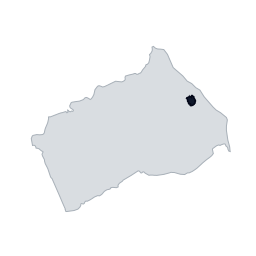 Asikuma-odoben-brakwa, Central, Ghana shown in context, rotated 247°
{"feature_id": "2480657B2595733520620", "entity_name": "Asikuma-odoben-brakwa", "entity_type": "district", "adm_level": 2, "iso_a3": "GHA", "parent_name": "Ghana", "parent_adm1": "Central", "projection": "albers", "projection_center": [-1.016, 5.627], "detail": "fine", "context": "in_parent", "style": "filled", "palette": "ink", "viewbox_px": 256, "rotation_deg": 247, "n_neighbors": 0, "source": "geoboundaries", "source_scale": "gbopen_adm2", "svg_char_len": 4463}
<svg xmlns="http://www.w3.org/2000/svg" viewBox="0 0 256 256"><g transform="rotate(247 128 128)"><path d="M156.0,34.8L157.9,36.6L158.3,37.6L157.6,41.4L156.2,44.1L155.4,46.6L155.5,47.9L156.3,49.1L159.2,51.1L160.6,52.4L162.4,54.3L164.3,56.2L167.7,58.6L169.2,59.1L169.1,59.8L168.6,60.7L168.3,69.9L168.1,72.3L167.8,73.5L167.5,76.9L167.2,77.4L166.5,77.4L166.0,77.5L165.8,78.2L166.0,78.9L168.1,79.4L167.6,79.9L166.1,80.4L165.4,81.4L165.7,82.6L164.9,83.6L165.1,84.2L165.7,84.7L166.5,84.5L168.9,82.9L169.9,82.7L171.2,83.0L173.5,85.5L173.6,86.6L172.6,90.7L171.7,93.8L171.6,98.0L172.6,100.3L172.4,101.6L171.4,102.7L169.0,104.4L169.2,105.5L170.3,107.5L172.3,109.8L176.2,112.6L178.3,116.3L178.3,117.8L177.1,119.3L175.7,120.6L175.3,122.5L175.9,134.8L172.9,140.2L172.8,141.7L173.1,143.5L174.0,144.6L175.5,144.9L176.8,145.9L176.4,149.7L175.7,153.5L175.6,155.4L175.2,156.3L174.0,157.0L173.6,158.2L173.9,159.7L173.7,160.8L174.3,162.2L175.7,164.0L178.0,168.5L178.9,168.8L179.3,169.7L179.0,170.6L179.9,172.6L182.4,174.5L185.1,176.2L187.2,176.5L187.7,178.0L189.2,180.0L190.2,180.8L191.8,181.4L193.1,181.7L193.2,183.3L190.8,184.4L189.2,186.1L187.9,188.7L186.2,191.6L180.3,193.1L178.1,193.1L165.9,193.2L154.5,198.8L148.0,200.8L144.0,204.0L138.6,206.2L134.8,209.0L126.9,210.3L114.0,214.5L110.0,216.2L105.9,219.2L99.2,222.7L96.6,222.6L91.4,219.4L87.5,217.7L78.0,215.2L70.8,214.2L67.4,213.1L66.4,212.9L67.3,211.8L69.3,211.7L71.3,212.1L72.9,211.2L75.3,211.1L75.9,210.1L76.1,207.8L76.0,205.9L76.9,205.0L77.1,202.8L75.9,197.8L75.1,197.3L71.0,196.5L70.7,195.6L69.9,194.5L69.1,192.0L68.2,188.1L66.8,183.4L64.0,175.6L63.4,172.9L62.9,170.1L62.8,166.7L63.4,165.5L63.3,163.8L63.0,162.0L65.0,158.1L68.9,153.3L69.7,151.5L70.4,150.3L70.5,148.6L71.3,142.9L73.1,136.1L74.3,133.5L75.1,132.1L76.0,129.9L76.3,128.8L79.8,126.1L81.5,125.4L81.8,124.4L81.3,123.2L81.5,122.4L82.4,122.0L83.7,121.7L84.6,120.6L83.1,112.2L82.0,103.8L81.9,103.1L81.2,102.0L80.5,98.5L79.3,96.5L77.6,95.9L77.6,94.0L79.3,90.8L79.8,88.9L79.0,88.3L78.9,86.8L79.4,84.5L79.2,83.0L78.9,81.4L77.1,77.8L76.7,75.2L77.6,73.7L77.6,70.3L76.7,65.2L76.5,62.0L77.2,60.6L76.8,59.4L75.6,58.1L75.5,57.0L76.6,55.8L76.5,54.9L75.1,54.2L73.9,52.7L72.9,50.2L73.1,46.2L75.1,38.8L75.4,38.2L77.6,38.3L77.7,38.6L84.7,38.5L92.8,38.5L102.5,38.4L111.3,38.3L111.7,38.0L113.1,37.6L122.0,38.3L127.6,37.9L129.9,38.2L131.6,38.7L135.5,38.4L137.5,38.6L139.1,40.4L139.7,40.4L140.5,39.6L142.1,38.7L143.6,38.0L144.8,36.6L145.4,35.5L146.4,35.7L147.9,35.6L148.9,34.7L149.2,33.3L156.0,34.8Z" fill="#d9dde1" stroke="#a8b0b8" stroke-width="1"/><path d="M132.2,200.1L132.3,200.1L132.5,200.0L132.5,199.9L132.8,199.7L133.0,199.6L133.0,199.4L132.9,199.3L132.9,199.2L132.7,198.9L132.5,198.7L132.4,198.6L132.2,198.6L132.0,198.4L131.9,198.3L131.6,198.2L131.8,198.1L132.0,198.2L132.1,197.9L132.4,197.7L132.3,197.4L132.4,197.1L132.5,197.0L132.7,196.9L132.8,196.7L133.0,196.7L132.9,196.6L132.9,196.3L132.7,196.2L132.7,195.9L132.7,195.7L132.8,195.7L132.8,195.4L132.8,195.2L132.8,194.8L132.8,194.7L132.8,194.1L132.8,193.9L132.7,193.8L132.4,193.8L132.4,193.7L132.5,193.7L132.4,193.5L132.0,193.7L131.8,193.8L131.6,193.8L131.1,193.8L130.6,193.8L130.4,193.8L130.2,193.8L130.1,193.7L129.9,193.5L129.7,193.4L129.4,193.4L129.2,193.5L129.0,193.8L128.9,193.8L128.8,193.6L128.7,193.7L128.4,193.7L128.1,193.7L128.0,193.8L127.9,193.8L127.7,193.7L127.5,193.4L127.4,193.4L127.2,193.4L126.9,193.5L126.7,193.5L126.3,193.5L126.1,193.7L126.0,194.1L125.9,194.2L126.0,194.3L126.0,194.5L125.9,194.8L125.2,194.3L124.8,194.3L124.8,194.8L124.6,194.8L124.6,194.7L124.4,194.2L124.2,194.3L124.0,194.6L123.9,194.7L123.9,194.8L123.7,195.7L123.9,196.1L123.8,196.5L123.7,196.5L123.7,196.8L123.7,197.0L123.8,197.2L123.8,197.3L123.9,197.5L124.0,197.7L124.0,197.8L124.0,198.0L124.3,198.0L124.5,198.2L124.5,198.3L124.5,198.5L124.4,198.5L124.5,198.7L124.6,198.8L124.6,199.0L124.7,199.3L124.8,199.3L124.9,199.5L125.0,199.5L125.3,199.7L125.4,199.8L125.5,199.8L125.9,199.8L126.0,199.8L126.2,200.0L126.2,200.3L126.3,200.4L126.3,200.5L126.5,200.6L126.8,200.4L127.0,200.4L127.1,200.5L127.2,200.8L127.3,200.8L127.5,200.8L127.6,200.7L127.8,200.6L128.1,200.7L128.3,200.7L128.5,200.7L128.8,200.5L129.0,200.5L129.3,200.6L129.5,200.6L129.6,200.4L129.8,200.3L129.9,200.2L130.0,200.2L130.1,200.3L130.4,200.4L130.5,200.4L130.5,200.5L130.8,200.7L130.9,200.8L131.0,200.8L131.2,200.7L131.3,200.5L131.3,200.4L131.4,200.2L131.5,200.2L131.7,199.9L131.8,199.8L132.0,200.0L132.2,200.1Z" fill="#0f172a" stroke="#020617" stroke-width="1.5"/></g></svg>